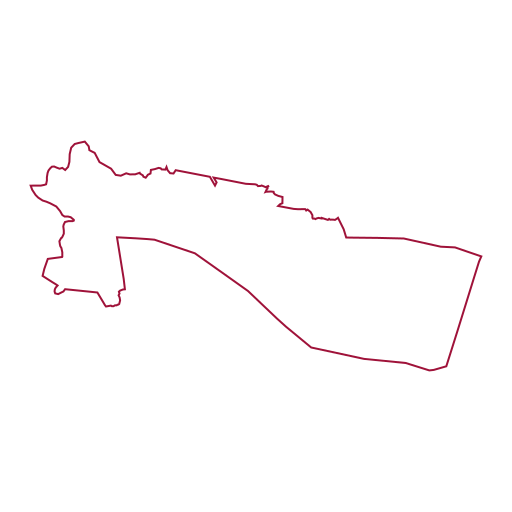 Guadalupe de Ramírez, Oaxaca, Mexico (Albers equal-area conic projection)
{"feature_id": "50627088B13061406878483", "entity_name": "Guadalupe de Ramírez", "entity_type": "district", "adm_level": 2, "iso_a3": "MEX", "parent_name": "Mexico", "parent_adm1": "Oaxaca", "projection": "albers", "projection_center": [-98.186, 17.755], "detail": "fine", "context": "isolated", "style": "outline", "palette": "rose", "viewbox_px": 512, "rotation_deg": 0, "n_neighbors": 0, "source": "geoboundaries", "source_scale": "gbopen_adm2", "svg_char_len": 2708}
<svg xmlns="http://www.w3.org/2000/svg" viewBox="0 0 512 512"><path d="M349.8,237.6L346.2,237.5L343.7,229.3L338.0,217.8L336.9,218.7L335.0,219.9L333.6,219.7L331.8,219.6L330.2,219.7L329.1,218.9L328.2,219.7L327.9,219.9L321.7,217.9L321.6,218.5L318.5,217.9L316.7,218.4L315.4,219.1L314.6,218.6L312.9,218.6L312.4,217.8L312.4,215.2L310.6,212.0L307.6,209.6L306.2,210.5L305.4,209.2L304.1,209.1L299.7,209.2L297.9,209.2L293.7,208.9L278.2,206.0L280.1,204.2L282.4,203.2L282.5,197.0L278.3,195.9L275.0,194.4L274.2,193.5L273.8,193.1L273.7,192.1L273.6,191.8L270.9,191.5L267.3,191.7L267.0,191.5L265.5,192.0L266.8,189.2L267.5,188.6L267.5,187.1L268.9,185.7L265.6,187.2L264.4,186.6L263.4,186.2L262.7,185.9L262.1,185.7L261.6,185.5L260.8,185.9L259.4,186.0L258.0,186.1L256.8,184.8L255.1,184.3L245.8,183.8L221.3,179.0L213.7,177.6L216.6,182.4L215.0,185.6L209.9,176.8L175.7,170.2L173.5,173.5L170.1,173.2L167.6,170.2L166.5,167.0L165.4,169.6L161.6,169.4L160.7,168.3L158.6,167.9L154.9,169.1L150.9,169.9L150.5,173.5L147.8,174.8L147.4,175.5L145.7,177.7L143.4,176.7L142.9,175.4L140.0,173.6L139.7,172.8L135.8,174.1L135.3,174.3L135.1,174.3L129.9,174.4L126.2,173.3L120.8,175.7L115.7,174.9L111.1,168.7L99.5,162.1L94.7,152.9L89.4,150.2L88.7,146.3L84.8,141.6L78.5,143.0L74.7,144.0L71.2,147.7L69.7,154.1L69.4,161.9L68.1,166.9L65.2,170.0L62.3,167.9L61.0,168.3L59.5,168.7L57.2,167.8L56.8,167.7L56.4,167.5L54.1,166.5L51.9,166.7L50.2,168.3L48.5,170.5L47.6,172.9L46.9,177.2L46.9,180.3L46.9,180.5L46.5,182.4L46.1,184.3L44.3,184.9L40.8,185.6L33.3,185.6L33.1,185.6L31.2,185.7L30.7,185.7L32.2,189.8L35.6,195.0L38.2,197.6L42.6,200.5L46.4,201.7L50.2,203.3L56.3,206.5L60.1,211.1L62.3,215.0L64.5,216.5L67.9,216.5L70.7,217.2L73.8,219.8L73.8,220.6L72.7,221.1L68.7,221.1L65.0,222.0L63.7,224.6L63.3,226.4L63.8,230.5L63.8,233.7L62.4,236.8L61.6,237.9L61.1,238.1L59.4,241.2L59.9,244.5L60.3,246.2L61.4,248.0L62.3,252.3L62.3,256.7L62.1,257.0L47.8,258.9L44.3,268.9L42.6,275.9L52.1,282.0L55.2,283.9L56.6,284.8L57.6,285.5L55.8,287.5L55.1,288.7L54.7,290.0L54.6,291.6L55.2,293.4L58.2,294.1L61.7,292.3L63.4,291.5L65.1,289.2L90.8,291.8L97.4,292.5L103.8,303.2L104.9,305.1L106.0,306.5L110.9,305.6L111.8,306.2L113.5,306.2L115.0,305.3L116.7,305.3L117.5,304.7L118.4,304.6L119.2,304.0L120.1,300.4L119.6,297.4L118.6,295.3L119.5,293.6L118.9,291.7L120.1,290.6L122.9,289.5L124.9,289.3L123.7,278.9L117.0,237.3L135.7,238.3L147.8,239.1L154.5,239.7L194.9,253.3L229.3,277.7L248.0,291.0L276.8,318.4L286.0,326.7L311.2,347.5L311.7,347.6L364.1,358.9L405.7,363.0L429.3,370.4L431.3,370.2L433.8,369.9L446.3,366.3L457.3,331.5L465.1,306.4L474.0,277.7L479.0,261.7L481.3,256.4L468.1,251.9L455.0,247.4L440.8,246.7L403.8,238.5L377.9,237.9L349.8,237.6Z" fill="none" stroke="#9f1239" stroke-width="2"/></svg>